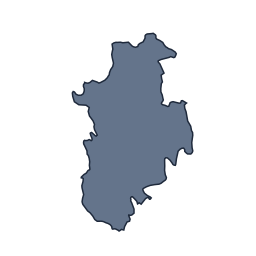 an SVG outline of Republic of Serbia, rotated 228°
{"feature_id": "SRB", "entity_name": "Republic of Serbia", "entity_type": "country or territory", "adm_level": 0, "iso_a3": "SRB", "parent_name": "Europe", "parent_adm1": "", "projection": "robinson", "projection_center": [20.755, 44.206], "detail": "fine", "context": "isolated", "style": "filled", "palette": "slate", "viewbox_px": 256, "rotation_deg": 228, "n_neighbors": 0, "source": "natural_earth", "source_scale": "50m", "svg_char_len": 3169}
<svg xmlns="http://www.w3.org/2000/svg" viewBox="0 0 256 256"><g transform="rotate(228 128 128)"><path d="M143.3,100.4L149.1,102.0L151.7,103.5L153.1,105.5L156.7,106.8L162.7,107.4L166.9,109.5L169.2,112.9L173.0,112.1L178.2,107.0L183.4,105.7L188.5,108.1L191.3,110.1L191.8,111.7L190.6,112.3L187.8,112.0L185.5,113.0L183.7,115.2L183.4,117.6L184.7,120.1L186.5,121.8L188.9,122.8L190.1,124.1L190.3,125.8L190.9,126.3L189.6,127.0L188.1,128.2L187.3,130.2L187.2,133.4L182.6,135.9L180.9,136.4L180.2,138.0L179.0,142.7L179.2,146.3L179.8,148.1L180.1,149.6L181.6,151.4L183.0,154.2L183.9,157.8L185.9,160.6L190.9,163.4L193.5,165.1L195.3,167.4L196.8,169.5L201.0,172.3L200.7,174.4L199.8,176.3L198.8,177.3L196.8,179.8L194.8,181.2L191.5,185.7L186.2,185.9L184.9,186.3L183.0,187.5L182.0,189.8L183.0,191.5L182.9,193.4L181.9,196.9L183.3,200.7L185.1,202.4L185.4,203.4L185.1,205.1L182.4,208.7L181.5,210.1L178.8,210.7L177.8,210.4L176.4,209.1L175.0,208.8L171.7,210.2L168.3,211.1L165.7,210.5L163.1,210.4L161.2,211.0L159.9,211.2L157.2,212.8L152.9,213.9L150.9,213.6L150.1,212.2L149.3,210.1L149.7,209.1L152.5,207.5L152.9,205.9L156.8,198.4L157.6,195.9L157.6,195.1L156.6,194.6L154.4,194.6L144.7,191.5L145.1,188.0L142.3,186.1L139.2,184.4L138.7,182.5L135.3,178.7L132.8,176.6L129.6,175.5L126.9,173.9L125.2,173.0L124.5,171.2L124.5,170.2L123.7,169.1L122.3,169.2L120.1,170.7L117.4,171.9L116.9,172.8L117.9,174.9L118.6,176.2L118.3,177.5L117.4,179.1L112.1,182.7L111.5,183.9L112.5,185.9L111.9,186.8L107.4,188.2L107.5,187.1L107.3,185.3L104.7,183.4L101.2,182.0L93.2,177.0L90.2,176.4L87.4,175.8L83.5,173.4L81.5,173.0L79.3,171.3L74.5,165.6L70.4,162.4L67.6,160.8L66.8,159.3L66.6,157.7L66.7,157.2L68.9,154.9L70.5,154.6L72.6,154.5L74.0,155.7L75.8,155.9L76.9,154.5L77.4,152.4L77.2,149.7L72.8,143.5L69.1,139.2L68.6,138.2L69.5,137.4L70.8,137.0L72.2,137.3L75.9,137.7L79.4,137.3L80.6,136.2L80.6,134.8L79.4,133.5L75.2,129.9L72.0,126.8L68.3,124.4L65.5,123.4L64.6,122.2L64.3,120.9L64.6,118.5L64.8,115.5L65.5,113.5L68.1,109.9L70.5,106.1L72.0,102.4L72.8,99.0L72.6,98.0L71.3,97.3L68.6,96.6L64.9,97.2L61.8,98.4L60.5,98.5L60.2,97.0L60.7,96.3L61.6,96.4L62.4,96.7L63.3,96.0L63.8,93.9L62.6,86.8L65.0,86.2L65.0,85.2L65.2,84.3L67.6,85.5L71.1,85.5L74.0,85.3L74.5,84.6L74.5,83.6L73.9,82.8L72.8,82.2L72.0,81.2L70.0,80.7L63.7,78.2L60.7,75.5L60.8,72.6L61.7,71.0L62.8,70.5L62.5,69.9L58.9,68.6L57.7,66.8L58.8,64.4L57.0,59.5L55.0,56.6L57.0,55.3L57.2,53.5L57.4,52.4L58.2,52.4L61.3,51.2L62.4,50.2L63.0,49.0L63.8,48.8L65.8,50.0L68.0,50.1L70.4,49.3L72.3,48.2L74.5,47.3L75.5,46.7L76.7,45.7L79.3,42.7L82.2,42.1L86.1,42.9L90.3,43.1L93.4,42.5L101.3,43.3L103.0,44.0L104.1,44.7L106.2,47.3L108.2,50.5L111.0,52.0L114.3,53.8L116.0,55.1L118.5,59.0L120.4,60.9L121.1,60.8L121.8,60.3L122.2,59.9L122.7,60.3L122.8,61.5L122.9,64.1L122.4,66.9L123.1,69.5L123.1,70.4L122.7,71.1L122.7,71.8L123.4,72.5L126.1,74.3L128.6,77.0L131.5,78.9L134.1,80.1L135.8,80.1L138.6,82.3L144.0,83.9L145.8,84.4L147.0,85.3L147.9,86.4L147.9,87.5L147.1,88.0L145.9,89.5L145.4,91.4L144.6,91.8L143.7,91.9L143.1,92.4L143.2,93.2L143.9,94.0L145.1,94.6L147.3,95.3L149.4,96.4L149.4,97.1L149.0,98.0L146.2,98.3L144.2,98.5L143.3,98.9L143.3,100.4Z" fill="#64748b" stroke="#1e293b" stroke-width="1.5"/></g></svg>